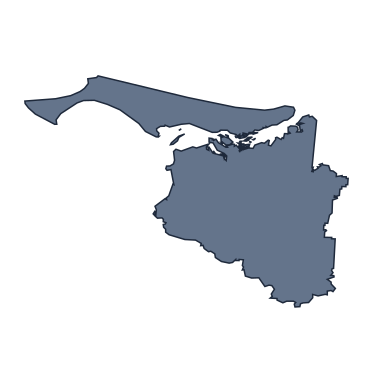 outline of Fraser Coast, Queensland, Australia, rotated 264°
{"feature_id": "25037944B97488266373518", "entity_name": "Fraser Coast", "entity_type": "district", "adm_level": 2, "iso_a3": "AUS", "parent_name": "Australia", "parent_adm1": "Queensland", "projection": "equal_earth", "projection_center": [152.962, -25.342], "detail": "fine", "context": "isolated", "style": "filled", "palette": "slate", "viewbox_px": 384, "rotation_deg": 264, "n_neighbors": 0, "source": "geoboundaries", "source_scale": "gbopen_adm2", "svg_char_len": 6148}
<svg xmlns="http://www.w3.org/2000/svg" viewBox="0 0 384 384"><g transform="rotate(264 192 192)"><path d="M119.8,214.0L117.4,221.5L117.7,225.0L120.3,228.4L119.3,228.3L118.9,231.6L120.0,231.8L119.2,236.0L113.6,234.4L112.0,235.4L109.2,233.9L109.3,235.6L102.8,236.3L100.2,242.3L99.7,249.5L90.4,254.6L91.3,258.8L90.6,261.6L86.7,263.8L82.2,260.2L79.8,260.9L78.3,258.7L77.2,265.4L75.6,265.3L72.3,270.8L73.5,274.7L72.8,281.5L71.3,283.6L69.8,282.0L66.9,282.4L66.7,287.3L69.5,288.2L70.1,290.9L69.9,296.4L74.2,301.0L77.5,301.3L75.5,306.5L76.3,313.8L75.6,315.8L79.3,316.2L79.5,320.0L78.2,321.8L81.1,324.5L85.9,320.8L87.9,320.9L91.0,317.4L92.7,324.4L94.0,324.3L94.6,321.3L97.0,323.8L99.4,322.6L101.1,323.4L101.2,324.8L130.4,329.5L130.9,325.9L132.2,326.2L133.1,318.9L138.4,319.8L139.5,321.7L140.5,321.1L140.5,318.9L145.1,319.6L144.9,320.7L147.1,321.0L146.7,323.7L154.5,326.3L156.5,329.1L169.3,330.9L170.5,335.9L171.6,335.7L171.9,332.9L173.4,333.2L172.6,334.7L173.2,338.2L179.3,339.4L179.4,341.2L181.8,341.6L181.2,345.6L183.2,345.9L183.0,347.6L189.2,348.7L189.4,346.8L191.0,347.0L191.5,342.8L192.6,343.0L192.3,337.1L195.2,337.6L198.1,334.5L198.8,331.8L203.9,330.6L205.3,325.0L206.7,324.6L206.0,321.6L204.6,323.0L203.6,321.2L203.9,319.4L202.5,319.9L200.7,316.3L201.8,314.9L199.5,314.7L199.9,313.3L203.9,315.1L203.7,313.9L250.1,323.4L254.7,319.5L254.4,316.6L256.4,316.2L255.1,310.0L249.4,304.4L249.6,305.5L248.4,306.0L249.4,307.3L248.6,309.5L247.8,305.9L241.6,306.1L242.5,308.0L241.0,308.4L240.2,307.2L240.8,302.4L242.7,304.0L245.3,303.8L246.6,302.1L247.4,296.9L246.1,294.6L246.9,294.4L240.1,293.8L241.2,295.2L240.2,295.8L239.9,293.9L240.4,290.1L235.8,288.6L236.6,287.4L234.9,286.1L237.6,282.2L237.2,280.8L235.5,280.7L229.6,275.3L230.6,272.9L235.1,274.2L235.6,273.2L232.9,269.1L233.8,266.4L232.1,259.4L229.0,257.3L229.8,252.8L228.8,247.5L228.9,247.1L229.4,246.3L229.5,245.6L228.1,245.7L228.1,243.9L226.6,243.7L228.3,243.3L229.1,244.4L234.0,240.8L233.1,238.9L235.0,239.1L235.4,237.9L234.1,231.0L232.8,231.9L232.9,230.4L238.3,223.4L242.0,221.3L241.1,219.0L242.3,219.0L241.8,217.7L243.1,217.6L243.8,214.6L239.8,214.2L238.6,218.1L230.9,221.5L227.0,228.0L224.2,230.3L219.7,229.3L222.0,227.4L224.6,227.0L228.4,217.0L235.0,213.5L234.9,212.6L231.7,213.0L232.9,211.0L235.3,211.0L238.0,213.9L235.3,201.1L236.8,197.5L233.8,185.5L236.2,180.5L234.2,177.9L225.4,178.0L221.9,176.5L220.2,172.8L220.4,169.4L217.9,168.4L216.2,169.4L216.5,173.4L201.3,174.7L201.9,173.9L190.6,168.5L188.3,165.1L187.6,166.0L187.1,166.0L188.1,164.4L181.7,153.7L178.1,154.7L171.4,153.3L169.6,154.9L169.4,159.4L167.8,160.7L165.5,160.3L164.2,162.9L163.0,162.2L162.7,160.0L159.9,160.1L157.7,161.9L154.8,161.6L151.9,164.7L145.5,179.9L143.8,190.5L139.9,195.8L137.7,195.0L137.8,197.4L134.5,198.2L130.9,202.2L131.1,204.5L128.2,208.2L124.4,208.4L119.8,214.0ZM260.5,188.5L260.4,196.6L249.2,218.4L248.8,223.1L249.6,226.1L250.2,226.1L250.5,227.0L249.7,233.7L246.7,236.2L244.6,241.9L242.8,243.3L244.4,245.5L242.6,245.6L242.7,249.1L242.9,248.7L242.9,248.1L243.0,247.9L244.2,248.6L243.2,249.2L243.0,248.0L243.0,248.7L242.3,250.5L241.3,251.6L243.1,253.7L243.1,251.3L243.7,252.4L244.2,249.8L244.3,249.9L244.9,249.4L245.2,249.3L243.6,253.9L245.2,255.0L244.9,258.4L247.1,261.0L246.2,264.8L248.0,270.1L248.1,269.8L248.6,269.6L248.1,272.2L249.4,272.5L248.5,273.6L250.2,278.6L250.0,283.5L253.6,290.9L253.7,294.4L257.5,300.7L262.6,302.9L265.7,301.8L267.9,293.4L265.9,281.8L265.8,272.8L271.6,244.2L286.4,197.7L317.3,110.7L315.8,109.0L315.5,100.2L310.8,100.3L306.3,95.9L303.6,91.2L300.5,81.4L299.0,66.1L299.9,35.3L297.4,35.3L292.7,38.2L285.9,44.3L273.7,62.5L273.5,64.6L278.0,64.4L283.7,69.7L292.6,87.0L294.3,93.7L293.4,104.5L288.0,117.0L281.3,128.9L265.7,146.3L257.1,152.0L250.6,162.1L250.2,164.3L250.9,165.2L251.0,164.2L253.9,165.3L256.5,163.3L258.7,163.4L260.6,167.4L260.3,171.7L261.3,172.2L259.0,176.4L260.5,188.5ZM235.0,234.3L237.4,237.9L241.7,234.1L243.7,229.6L243.0,226.4L239.6,226.3L235.2,230.7L235.0,234.3ZM248.9,184.7L243.1,176.7L241.3,175.5L241.5,178.3L244.4,182.9L247.7,184.7L250.5,190.8L248.9,184.7ZM241.9,250.5L242.5,249.0L242.4,244.5L241.9,245.4L240.4,246.0L240.7,250.3L241.4,250.8L241.5,249.7L241.8,249.4L241.9,250.5ZM231.4,250.6L232.0,253.7L233.5,254.4L233.4,249.8L231.4,250.6ZM243.1,258.9L244.2,264.0L244.7,259.0L243.1,258.9ZM172.4,152.5L175.8,153.8L176.7,153.0L174.3,151.1L172.4,152.5ZM244.7,228.6L246.3,226.2L245.5,224.3L244.2,226.8L244.7,228.6ZM240.4,257.8L240.4,253.6L239.1,251.7L238.8,254.8L240.4,257.8ZM231.6,247.6L232.0,248.7L234.2,248.1L233.3,245.3L231.6,247.6ZM237.9,254.5L238.6,250.7L237.4,248.8L236.9,251.4L237.9,254.5ZM243.8,254.7L243.8,258.2L244.9,256.0L243.8,254.7ZM230.6,245.8L228.8,247.7L230.6,249.0L230.6,245.8ZM235.8,242.8L233.9,244.5L234.8,246.2L235.8,242.8ZM233.2,242.9L231.0,245.1L232.5,244.8L233.2,242.9ZM245.6,230.9L243.1,233.9L244.3,233.8L245.6,230.9ZM238.8,260.9L237.7,257.9L237.4,258.5L237.5,259.1L238.8,260.9ZM242.6,242.5L241.1,244.6L240.8,245.5L241.9,245.3L242.6,242.5ZM229.2,216.9L228.6,218.8L230.1,217.9L229.2,216.9ZM225.7,227.6L226.7,225.8L226.8,223.6L225.9,225.1L225.7,227.6ZM237.3,246.8L237.5,245.1L236.9,244.6L236.3,246.0L237.3,246.8ZM248.6,302.9L247.5,304.4L249.4,304.0L249.1,303.4L248.6,302.9ZM222.2,227.7L223.6,228.5L224.0,227.7L222.2,227.7ZM231.1,245.5L231.4,247.1L232.3,245.4L231.1,245.5ZM223.9,228.6L225.3,227.9L225.6,226.5L224.2,227.8L223.9,228.6ZM243.7,240.7L241.7,241.3L241.1,242.1L243.7,240.7ZM228.9,244.8L229.7,245.3L230.3,244.3L228.9,244.8ZM236.7,228.0L237.7,227.2L238.0,226.3L237.5,226.7L236.7,228.0ZM235.6,254.7L235.9,255.7L236.1,254.0L235.6,254.7ZM254.7,185.3L255.1,186.6L256.0,187.9L254.7,185.3ZM229.4,250.4L229.8,251.0L229.8,249.3L229.4,250.4ZM240.5,244.7L241.0,244.7L240.9,244.1L240.5,244.7ZM229.9,249.3L230.3,250.2L230.4,249.2L229.9,249.3ZM230.6,245.6L230.3,245.0L229.8,245.7L230.6,245.6ZM231.0,251.8L230.7,252.7L230.9,253.3L231.2,253.0L231.0,251.8ZM235.6,256.6L235.5,255.5L235.4,255.5L235.6,256.6ZM242.7,244.9L243.4,245.1L242.6,244.2L242.7,244.9ZM230.2,251.6L230.5,253.0L230.3,251.3L230.2,251.6ZM230.6,248.2L231.0,248.3L230.8,247.6L230.6,248.2ZM234.3,248.6L234.1,248.4L233.5,248.9L234.3,248.6Z" fill="#64748b" stroke="#1e293b" stroke-width="1.5"/></g></svg>